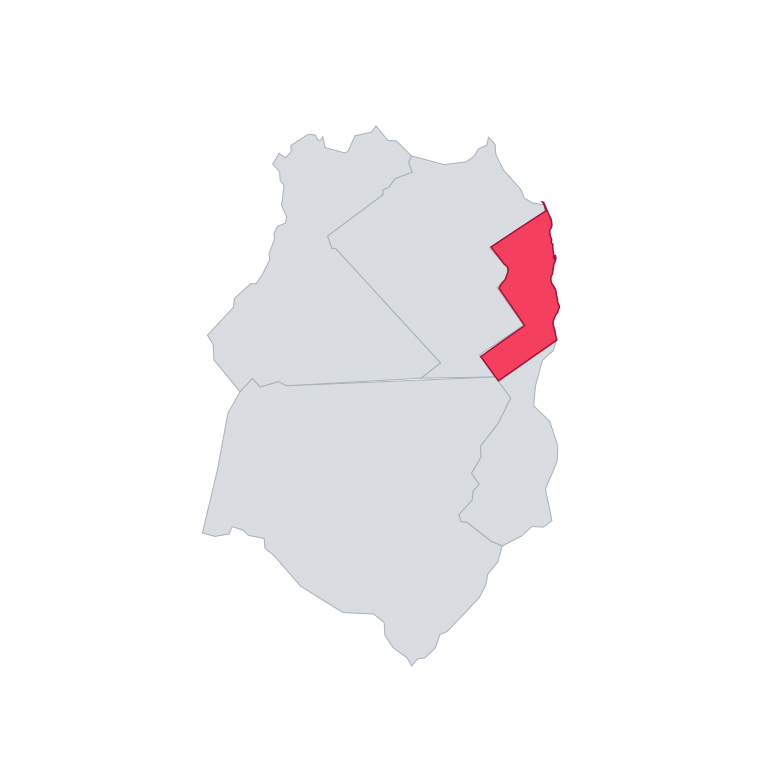 Western Sahara shown with its bordering countries, rotated 146°
{"feature_id": "ESH", "entity_name": "Western Sahara", "entity_type": "country or territory", "adm_level": 0, "iso_a3": "ESH", "parent_name": "Africa", "parent_adm1": "", "projection": "orthographic", "projection_center": [-13.3, 24.236], "detail": "fine", "context": "with_neighbors", "style": "filled", "palette": "rose", "viewbox_px": 768, "rotation_deg": 146, "n_neighbors": 4, "source": "natural_earth", "source_scale": "50m", "svg_char_len": 4079}
<svg xmlns="http://www.w3.org/2000/svg" viewBox="0 0 768 768"><g transform="rotate(146 384 384)"><path d="M246.4,602.3L244.5,583.6L237.9,578.7L233.6,557.6L239.4,554.3L242.3,543.8L259.9,548.1L269.6,544.4L276.4,545.4L278.9,541.4L348.0,538.2L351.4,525.6L348.3,523.5L325.3,369.8L350.0,368.1L465.6,436.9L470.2,444.9L488.6,450.8L489.9,462.1L507.7,458.1L511.6,499.0L503.7,512.0L503.1,523.1L465.9,531.8L460.1,538.7L438.5,541.7L434.1,538.7L424.9,542.1L409.3,550.8L406.4,556.5L393.4,565.5L391.3,570.2L384.2,574.3L375.8,572.5L371.2,577.1L369.1,589.4L355.7,604.8L356.3,610.7L351.8,618.4L353.2,628.5L342.0,633.9L339.1,626.6L331.0,628.6L327.9,633.8L307.1,633.5L301.6,628.7L302.5,623.4L300.2,621.5L296.5,623.3L300.6,613.0L287.2,597.4L283.7,597.0L269.1,606.0L253.7,599.8L246.4,602.3Z" fill="#d9dde1" stroke="#a8b0b8" stroke-width="1"/><path d="M150.8,442.8L154.6,436.9L220.2,437.8L216.9,411.8L221.0,402.6L236.4,400.9L235.5,354.9L288.5,354.7L287.6,327.5L350.0,368.1L325.3,369.8L348.3,523.5L351.4,525.6L348.0,538.2L278.9,541.4L276.4,545.4L269.6,544.4L259.9,548.1L242.3,543.8L239.4,554.3L233.6,557.6L211.6,532.4L191.9,522.3L182.3,522.4L173.9,526.2L165.3,524.5L159.3,530.1L158.0,520.4L162.9,511.8L165.3,495.0L161.8,468.3L163.7,459.4L159.5,450.8L150.8,442.8Z" fill="#d9dde1" stroke="#a8b0b8" stroke-width="1"/><path d="M287.6,327.5L286.7,301.5L311.4,287.4L339.0,278.4L344.3,269.1L361.5,260.9L361.0,247.7L369.6,245.5L375.8,238.4L395.0,233.8L396.9,226.7L392.6,223.3L383.3,194.4L376.5,183.6L389.2,172.8L404.2,168.4L412.1,160.3L424.8,153.5L470.3,143.4L477.7,145.1L489.1,136.4L503.4,134.1L509.8,137.3L518.7,134.8L518.0,144.1L523.9,160.2L523.8,175.1L517.3,186.1L521.2,199.1L545.9,217.5L566.1,262.7L571.2,303.5L574.5,314.4L569.8,322.9L580.9,334.2L582.7,341.7L589.7,350.7L596.2,346.2L609.4,352.2L617.9,362.0L570.9,405.2L529.6,447.1L507.7,458.1L489.9,462.1L488.6,450.8L470.2,444.9L465.6,436.9L287.6,327.5Z" fill="#d9dde1" stroke="#a8b0b8" stroke-width="1"/><path d="M224.8,317.1L239.5,315.0L259.5,297.7L272.1,282.4L267.5,260.3L274.5,235.4L283.7,223.1L308.9,206.6L321.2,176.8L331.9,176.3L341.2,183.2L354.9,181.1L376.5,183.6L383.3,194.4L392.6,223.3L396.9,226.7L395.0,233.8L375.8,238.4L369.6,245.5L361.0,247.7L361.5,260.9L344.3,269.1L339.0,278.4L311.4,287.4L286.7,301.5L287.7,322.6L217.0,323.8L224.8,317.1Z" fill="#d9dde1" stroke="#a8b0b8" stroke-width="1"/><path d="M287.7,329.4L287.8,332.4L287.9,336.0L288.0,339.5L288.2,343.6L288.3,347.6L288.4,350.6L288.5,352.6L285.2,352.7L282.2,352.8L279.2,352.9L276.2,353.0L273.2,353.1L270.2,353.1L267.2,353.2L264.2,353.3L261.2,353.4L258.2,353.4L255.2,353.5L252.2,353.5L249.2,353.6L246.1,353.6L243.1,353.7L240.1,353.7L237.1,353.7L234.7,353.8L234.7,355.9L234.7,358.3L234.8,360.8L234.8,363.2L234.8,365.7L234.8,368.1L234.9,370.6L234.9,373.0L234.9,375.5L234.9,377.9L234.9,380.4L235.0,382.8L235.0,385.3L235.0,387.7L235.0,390.2L235.1,392.6L235.1,395.1L235.1,397.3L235.0,399.2L234.0,399.8L231.7,400.9L229.3,401.9L226.2,402.5L225.2,402.8L223.2,404.2L220.6,406.1L218.4,407.7L216.9,409.8L216.4,410.9L216.2,412.1L216.3,413.3L217.1,415.6L217.4,416.8L217.5,418.8L217.6,421.0L217.8,423.4L217.9,425.8L218.1,428.3L218.3,430.8L218.4,433.4L218.5,435.3L218.7,437.7L216.2,437.7L212.3,437.7L208.5,437.7L204.6,437.7L200.8,437.6L197.0,437.6L193.1,437.6L189.3,437.6L185.4,437.5L181.6,437.5L177.8,437.4L173.9,437.4L170.1,437.3L166.2,437.2L162.4,437.2L158.6,437.1L154.7,437.0L152.6,436.9L151.8,440.3L151.2,442.7L150.8,444.6L151.0,446.3L150.1,445.4L151.9,436.1L152.0,435.3L153.4,426.7L155.8,422.1L157.7,420.1L160.5,419.1L163.2,414.4L164.2,410.1L165.9,408.2L166.5,406.7L165.8,405.5L167.5,403.2L169.5,399.6L170.4,397.4L172.7,393.9L173.0,393.1L172.8,392.2L171.9,392.9L170.9,394.2L169.8,395.2L170.3,394.0L171.2,392.1L173.2,390.2L176.4,388.1L183.0,380.9L185.5,379.7L187.7,376.6L188.6,373.9L188.8,367.7L189.7,364.4L191.1,361.8L192.9,357.1L194.2,355.0L195.0,350.8L196.0,349.1L197.6,348.4L200.0,346.3L203.4,345.0L207.6,342.2L209.5,340.6L210.8,338.1L212.2,333.2L214.6,328.0L215.9,324.1L216.1,323.8L287.4,322.6L287.4,322.8L287.5,325.8L287.7,329.4Z" fill="#f43f5e" stroke="#9f1239" stroke-width="1.5"/></g></svg>